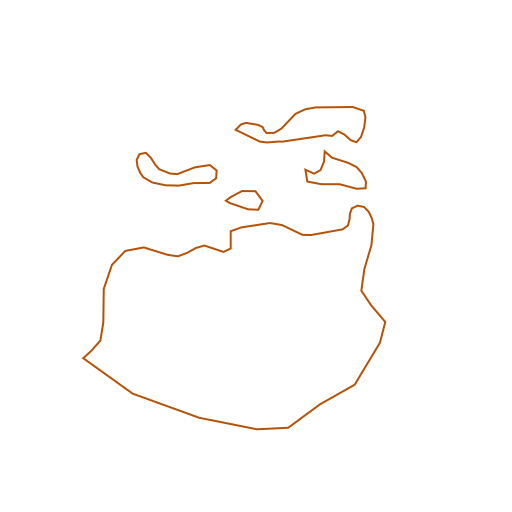 the border of Central Andros, rotated 206°
{"feature_id": "BHS-5020", "entity_name": "Central Andros", "entity_type": "District", "adm_level": 1, "iso_a3": "BHS", "parent_name": "The Bahamas", "parent_adm1": "", "projection": "orthographic", "projection_center": [-77.885, 24.401], "detail": "fine", "context": "isolated", "style": "outline", "palette": "amber", "viewbox_px": 512, "rotation_deg": 206, "n_neighbors": 0, "source": "natural_earth", "source_scale": "10m", "svg_char_len": 1581}
<svg xmlns="http://www.w3.org/2000/svg" viewBox="0 0 512 512"><g transform="rotate(206 256 256)"><path d="M366.5,88.4L362.6,98.2L358.8,111.8L364.1,129.3L378.4,159.7L381.6,184.9L375.7,203.3L360.6,214.5L336.0,218.3L326.0,221.5L319.2,228.7L313.5,236.9L306.9,242.8L287.1,245.4L282.0,251.6L289.6,267.2L281.8,275.2L258.0,291.7L246.2,295.2L223.5,295.4L215.7,299.0L190.0,317.8L186.7,323.6L188.0,329.9L190.2,335.6L190.7,340.9L186.7,345.8L180.4,347.4L174.2,345.2L168.6,340.8L164.4,336.0L157.0,316.3L152.9,291.8L146.1,271.0L131.0,262.2L110.9,253.4L106.6,232.3L110.9,183.6L133.5,150.7L151.8,115.7L179.1,100.7L236.0,85.7L306.5,78.2L366.5,88.4ZM276.1,409.4L267.7,415.6L234.4,432.3L222.7,433.8L218.4,428.5L215.1,419.0L213.8,409.0L215.6,402.3L221.6,401.6L229.8,403.9L237.0,404.1L240.1,397.4L246.6,394.9L282.5,370.3L285.5,369.0L296.2,362.7L302.9,360.5L329.6,360.5L327.2,367.7L323.3,371.3L311.8,374.7L306.5,374.8L303.6,372.4L300.4,371.2L293.6,374.7L289.1,381.5L282.8,401.1L276.1,409.4ZM349.8,308.9L337.3,317.5L328.9,315.6L325.9,308.5L329.6,301.4L344.0,294.2L356.1,285.5L368.3,279.9L381.4,276.6L391.9,277.4L396.4,279.9L401.7,284.4L405.4,290.1L405.3,296.5L400.3,300.4L393.6,298.2L386.6,293.9L381.0,291.6L369.5,292.4L362.6,295.1L349.8,308.9ZM249.4,355.2L239.8,355.5L235.7,361.5L236.2,370.6L240.1,380.1L230.7,377.7L214.2,380.1L204.5,380.0L197.4,377.0L189.8,371.1L187.2,364.9L195.2,360.5L212.2,357.2L229.0,349.1L242.5,345.4L249.4,355.2ZM283.6,294.5L302.8,292.1L307.3,292.5L304.6,297.8L297.0,308.3L284.9,314.0L274.2,308.4L274.2,298.6L283.6,294.5Z" fill="none" stroke="#b45309" stroke-width="2"/></g></svg>